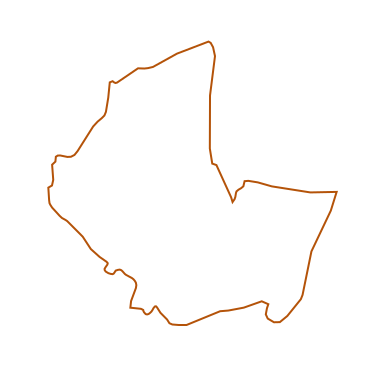 the border of Al-Qādisiyyah, rotated 259°
{"feature_id": "IRQ-3224", "entity_name": "Al-Qādisiyyah", "entity_type": "Province", "adm_level": 1, "iso_a3": "IRQ", "parent_name": "Iraq", "parent_adm1": "", "projection": "mercator", "projection_center": [44.995, 31.829], "detail": "fine", "context": "isolated", "style": "outline", "palette": "amber", "viewbox_px": 384, "rotation_deg": 259, "n_neighbors": 0, "source": "natural_earth", "source_scale": "10m", "svg_char_len": 1607}
<svg xmlns="http://www.w3.org/2000/svg" viewBox="0 0 384 384"><g transform="rotate(259 192 192)"><path d="M208.2,50.0L211.4,50.2L223.7,51.8L225.1,55.8L230.4,58.1L245.5,59.9L247.9,63.7L252.6,65.1L253.4,67.2L253.0,69.6L250.2,76.4L249.7,79.9L250.8,83.7L254.0,87.5L275.2,107.5L279.1,112.8L281.7,117.5L283.8,120.6L287.1,122.8L300.6,127.8L315.3,132.2L315.9,135.2L314.4,136.5L313.6,137.7L313.7,139.3L323.7,162.6L322.3,168.8L322.0,172.4L322.2,177.5L330.7,203.7L336.5,236.9L334.8,238.8L330.1,240.3L321.0,240.5L283.3,228.1L231.3,217.8L216.0,217.3L213.8,221.1L179.3,229.4L174.4,229.9L176.8,232.4L178.9,233.6L182.7,235.0L184.1,235.8L185.4,238.1L186.4,241.0L187.8,243.5L192.6,245.7L192.2,249.4L188.9,258.4L182.3,271.4L169.0,308.1L164.5,334.0L147.2,324.7L110.9,297.9L69.9,280.9L66.0,278.4L52.1,261.9L47.5,253.4L48.5,247.6L53.3,242.2L57.8,241.1L63.6,243.4L67.3,245.5L71.4,239.6L68.6,220.8L68.7,205.0L69.6,196.9L62.5,161.3L64.0,153.5L65.7,147.4L67.5,144.8L71.6,143.2L79.4,138.0L85.5,135.6L86.7,134.8L86.7,133.7L85.4,132.1L83.6,130.6L82.3,129.3L81.3,127.7L80.5,126.1L80.4,124.5L81.0,123.2L83.2,121.9L84.5,121.6L85.5,121.6L86.4,120.5L87.1,119.5L90.2,109.4L96.6,111.4L108.4,118.6L111.2,119.6L113.7,119.6L115.7,118.9L117.5,117.9L119.0,116.6L123.1,111.6L124.3,110.5L127.5,108.6L128.7,107.7L129.6,106.3L129.7,104.4L129.4,102.1L127.8,100.6L126.8,99.5L126.5,98.4L127.1,96.6L128.3,94.4L130.4,92.1L132.0,91.4L133.2,91.5L134.5,92.6L136.9,95.1L138.2,95.7L139.7,94.9L145.9,88.9L155.3,81.8L169.0,76.2L187.3,63.9L188.7,62.5L191.3,59.4L193.9,57.5L203.4,51.7L206.4,50.5L208.2,50.0Z" fill="none" stroke="#b45309" stroke-width="2"/></g></svg>